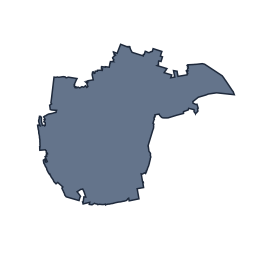 Dundagas pag., Dundagas, Latvia, rotated 201°
{"feature_id": "27541924B42832973938104", "entity_name": "Dundagas pag.", "entity_type": "district", "adm_level": 2, "iso_a3": "LVA", "parent_name": "Latvia", "parent_adm1": "Dundagas", "projection": "orthographic", "projection_center": [22.38, 57.54], "detail": "fine", "context": "isolated", "style": "filled", "palette": "slate", "viewbox_px": 256, "rotation_deg": 201, "n_neighbors": 0, "source": "geoboundaries", "source_scale": "gbopen_adm2", "svg_char_len": 5432}
<svg xmlns="http://www.w3.org/2000/svg" viewBox="0 0 256 256"><g transform="rotate(201 128 128)"><path d="M92.1,78.0L94.6,82.3L94.1,82.5L94.6,83.2L95.3,83.3L99.2,89.9L98.2,90.0L96.5,92.0L95.3,91.8L95.3,92.1L95.5,92.3L95.4,92.4L95.6,92.6L95.4,92.8L95.3,93.0L95.2,93.2L95.2,93.3L95.1,93.5L95.4,93.9L95.3,94.0L95.4,94.3L95.5,94.4L95.5,94.5L95.2,94.5L95.2,95.7L95.2,96.4L95.3,97.1L95.3,98.8L95.2,99.6L95.5,103.2L95.8,103.9L95.7,104.2L95.8,105.1L96.0,106.7L96.3,107.8L96.2,108.6L96.7,109.8L97.2,110.2L97.9,112.3L98.7,112.9L100.1,113.8L102.7,118.5L102.9,118.5L104.1,135.1L104.1,136.8L104.4,138.0L104.6,138.6L105.0,139.4L105.2,139.9L105.2,140.9L106.3,141.3L106.6,143.8L106.7,144.4L106.5,145.5L106.9,146.0L107.3,146.6L107.2,146.8L107.3,147.2L107.3,147.4L107.2,147.3L107.1,147.6L107.2,147.9L106.9,147.9L106.9,148.0L106.9,148.3L106.9,148.7L107.0,148.8L107.0,149.0L107.3,149.5L107.1,149.5L107.3,149.6L107.3,150.1L105.6,151.2L103.9,152.1L103.5,151.6L103.1,151.3L101.4,150.4L100.4,150.0L99.6,149.9L98.4,150.2L95.2,151.4L94.1,151.9L87.1,157.4L81.4,161.5L81.9,162.4L81.8,162.7L81.9,162.9L81.8,163.2L81.9,163.3L78.3,166.4L78.4,168.1L73.0,168.8L72.5,167.9L72.2,166.9L70.8,166.1L70.2,165.6L70.3,166.1L69.6,166.5L68.8,168.8L70.1,171.2L69.6,171.7L71.9,174.6L72.1,174.9L73.2,174.3L76.2,174.5L76.9,176.0L76.6,176.4L73.4,181.9L67.0,186.8L65.2,188.5L57.9,192.6L40.7,197.2L42.5,199.2L42.7,199.5L44.3,200.5L54.2,207.5L54.5,207.6L56.7,209.2L58.8,210.5L79.3,215.0L81.7,214.7L87.7,211.6L88.1,211.5L89.7,210.7L94.9,208.4L95.1,208.2L95.0,207.9L95.1,207.7L94.9,207.7L94.6,207.5L94.5,207.2L94.3,207.1L94.2,207.0L94.1,206.7L94.4,206.8L94.4,206.4L94.1,206.4L93.8,206.2L93.7,206.6L93.5,206.2L93.4,205.9L93.2,205.6L93.4,205.5L93.6,204.9L93.5,204.7L93.5,204.4L93.5,204.1L93.4,203.7L93.5,203.4L93.2,203.3L93.7,202.7L93.4,202.7L93.6,201.7L93.4,201.6L92.8,201.6L92.6,201.8L92.6,201.6L92.7,200.9L92.4,200.5L92.0,200.4L92.2,200.1L91.9,199.9L91.8,199.7L92.0,199.4L91.9,198.8L99.8,194.1L102.0,197.6L102.5,198.6L106.1,197.9L102.6,192.3L106.1,190.2L106.2,193.2L114.1,192.6L114.1,192.9L113.2,196.1L113.3,196.1L113.2,196.6L113.4,196.8L113.1,197.4L123.2,196.7L122.2,197.9L122.9,199.8L123.4,201.4L123.3,201.5L123.2,201.7L121.0,201.9L121.3,206.8L123.5,206.7L123.7,208.7L123.8,211.6L133.0,211.1L132.7,207.7L132.8,207.9L133.7,207.7L135.3,205.9L136.9,205.6L137.8,205.9L139.4,205.8L139.2,202.5L140.0,202.1L139.6,200.8L151.3,200.1L153.7,202.2L154.7,203.4L155.5,204.6L156.1,204.5L156.0,203.9L157.6,203.8L157.7,203.5L164.9,203.5L164.9,195.4L164.9,193.8L168.9,193.8L168.7,193.4L168.2,193.0L167.2,192.1L167.2,191.6L166.8,191.6L166.4,191.8L165.8,191.5L166.6,190.3L167.6,188.2L167.0,187.3L166.4,187.1L165.7,186.7L165.7,185.8L165.8,185.7L165.7,185.4L165.7,184.8L165.4,184.7L168.2,183.7L167.8,182.3L168.1,182.2L167.3,178.0L171.2,177.1L171.1,176.6L174.6,175.9L174.7,175.6L174.0,173.8L173.0,174.0L172.7,172.5L174.8,171.9L177.2,170.9L177.0,170.0L178.9,169.3L178.6,167.2L179.2,166.8L179.8,167.7L180.7,168.0L181.1,167.5L180.6,164.9L177.7,160.5L182.4,157.7L182.1,156.7L183.6,156.6L183.5,155.8L183.8,155.7L182.9,155.4L182.0,155.3L182.2,154.6L180.3,152.3L181.0,151.1L182.8,152.2L184.0,150.2L185.8,150.1L187.4,148.1L189.3,148.3L189.9,147.4L190.9,146.9L192.0,146.7L192.3,147.2L191.9,147.8L193.0,147.6L193.7,149.1L193.4,149.3L193.7,150.1L193.5,154.2L193.3,155.9L201.9,154.1L203.1,153.1L203.7,152.7L204.0,152.7L204.9,153.1L205.1,153.2L205.4,153.2L206.0,152.8L206.8,152.8L210.6,150.6L211.3,150.4L212.3,150.3L213.3,149.5L215.3,149.0L210.1,128.5L209.0,123.9L208.0,123.1L209.3,121.2L209.2,121.1L207.2,117.4L206.1,117.4L205.2,117.6L201.0,118.9L201.0,118.4L201.0,118.0L200.9,117.4L200.9,117.0L200.9,116.9L200.8,116.7L201.0,116.5L201.4,116.6L203.8,114.6L207.2,112.5L208.8,110.7L208.9,110.2L210.0,109.3L210.7,108.2L208.6,106.6L209.2,105.8L208.5,105.6L208.8,103.6L207.3,103.5L206.9,102.7L206.2,100.8L206.6,100.1L207.5,100.4L208.0,100.3L208.4,99.9L209.0,99.8L209.6,100.8L209.7,101.1L210.0,101.6L210.7,102.1L210.8,102.6L211.2,103.1L212.6,106.8L213.8,107.5L214.8,107.2L214.4,106.0L214.6,105.9L214.2,104.6L214.2,103.2L213.7,102.0L212.0,99.8L210.9,98.6L212.9,98.6L213.4,98.2L212.8,97.2L211.3,94.6L210.4,93.4L209.5,91.3L207.7,88.6L207.6,88.3L207.5,87.9L206.5,86.1L206.0,85.3L205.7,84.5L205.5,83.9L204.8,82.4L204.3,81.0L203.9,80.3L203.4,78.9L203.7,78.8L203.6,78.6L202.9,76.8L202.3,75.6L197.4,78.0L196.8,77.6L196.1,77.5L195.7,76.1L194.4,75.6L194.7,75.1L194.0,74.8L194.4,74.3L194.8,74.1L194.4,73.2L193.8,72.7L194.0,72.5L194.2,72.4L194.5,72.5L194.5,72.4L194.7,72.2L194.7,71.9L194.4,71.3L194.4,71.1L194.7,71.1L191.3,67.7L192.0,66.9L192.8,66.7L193.8,68.2L194.3,69.1L194.5,69.2L195.5,67.6L194.0,65.0L193.8,65.0L193.4,64.6L192.2,63.5L191.4,62.6L189.8,61.5L188.8,60.0L186.4,57.8L184.7,56.6L184.5,57.0L182.0,54.6L179.4,52.9L178.0,51.4L175.2,50.1L174.1,52.0L167.7,49.6L167.8,49.0L167.9,48.6L168.2,48.2L166.6,46.6L166.0,46.2L165.3,45.3L164.0,44.2L163.9,44.0L162.9,42.7L161.0,41.6L147.7,42.7L148.0,45.7L147.8,47.2L151.2,49.4L152.7,50.2L150.1,53.8L149.4,54.1L148.4,54.8L146.0,52.5L142.7,48.4L144.5,47.9L143.3,42.7L143.8,42.6L142.7,41.0L137.1,44.9L136.8,42.8L134.1,43.4L132.3,45.7L131.6,45.6L129.3,45.9L128.9,45.6L127.2,46.6L124.6,47.3L123.4,47.8L121.8,48.8L121.4,48.2L121.2,48.5L119.3,49.8L118.3,50.2L116.5,51.4L115.3,52.0L113.2,53.6L110.4,55.4L108.6,56.3L106.8,57.5L105.1,58.5L103.4,59.9L103.2,60.3L102.8,61.8L102.7,62.1L102.2,62.7L100.8,60.4L92.4,65.8L97.7,74.6L92.1,78.0Z" fill="#64748b" stroke="#1e293b" stroke-width="1.5"/></g></svg>